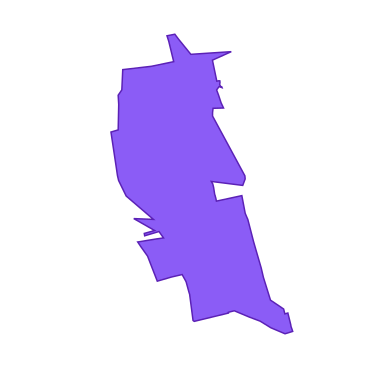 outline of Palmillas, Tamaulipas, Mexico, rotated 348°
{"feature_id": "50627088B12819325491793", "entity_name": "Palmillas", "entity_type": "district", "adm_level": 2, "iso_a3": "MEX", "parent_name": "Mexico", "parent_adm1": "Tamaulipas", "projection": "mercator", "projection_center": [-99.548, 23.265], "detail": "fine", "context": "isolated", "style": "filled", "palette": "violet", "viewbox_px": 384, "rotation_deg": 348, "n_neighbors": 0, "source": "geoboundaries", "source_scale": "gbopen_adm2", "svg_char_len": 1391}
<svg xmlns="http://www.w3.org/2000/svg" viewBox="0 0 384 384"><g transform="rotate(348 192 192)"><path d="M178.5,60.6L149.7,57.9L144.6,77.5L139.9,82.0L138.5,91.2L132.7,115.9L125.2,116.5L123.0,152.8L122.5,160.5L122.6,165.2L122.6,165.5L126.8,182.3L148.6,210.8L129.5,205.9L147.4,221.9L136.7,222.6L136.6,225.0L151.5,223.8L154.6,231.0L147.4,230.5L128.5,229.6L130.5,234.6L135.2,245.5L139.5,272.0L154.3,270.9L165.2,270.7L165.7,272.4L167.3,277.6L167.6,278.9L168.1,288.0L168.2,289.4L168.4,291.6L166.3,317.9L167.3,319.0L202.4,318.0L202.4,317.3L203.1,317.2L205.5,317.1L208.7,317.0L221.8,326.1L231.8,332.5L240.9,341.2L253.5,350.0L256.1,349.8L261.5,349.3L261.3,347.2L260.9,344.2L261.0,342.1L260.6,330.3L257.5,330.5L257.3,325.5L246.3,314.1L244.2,291.4L244.1,290.4L243.9,280.7L242.4,260.4L241.9,253.3L240.9,230.4L240.4,228.1L239.6,223.9L240.0,205.9L214.0,206.0L214.0,204.5L214.0,202.6L213.9,201.5L213.9,201.2L213.9,200.5L213.7,199.0L213.9,195.6L214.1,191.9L214.0,188.5L213.1,185.7L243.0,196.1L246.7,190.3L247.1,187.2L227.9,122.0L228.6,118.7L230.0,114.5L240.3,116.4L239.0,110.8L238.1,102.6L237.3,97.3L240.2,94.7L240.7,94.7L243.1,96.2L243.0,95.4L242.5,95.0L241.9,94.5L241.4,92.8L242.2,90.4L242.3,89.0L241.4,88.8L239.3,88.7L239.4,67.3L241.2,66.9L259.6,62.9L236.9,59.6L219.5,57.1L210.6,39.7L208.0,34.1L200.0,34.0L200.6,39.7L201.2,60.7L178.5,60.6Z" fill="#8b5cf6" stroke="#5b21b6" stroke-width="1.5"/></g></svg>